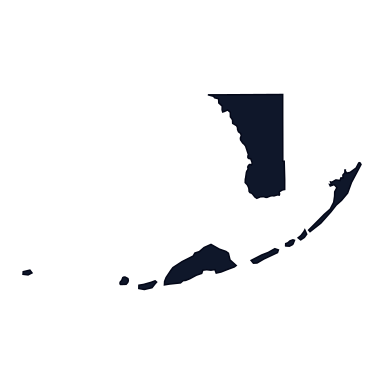 Monroe, United States of America
{"feature_id": "52423323B83657020181819", "entity_name": "Monroe", "entity_type": "district", "adm_level": 2, "iso_a3": "USA", "parent_name": "United States of America", "parent_adm1": "", "projection": "natural_earth1", "projection_center": [-81.165, 25.16], "detail": "fine", "context": "isolated", "style": "filled", "palette": "ink", "viewbox_px": 384, "rotation_deg": 0, "n_neighbors": 0, "source": "geoboundaries", "source_scale": "gbopen_adm2", "svg_char_len": 2694}
<svg xmlns="http://www.w3.org/2000/svg" viewBox="0 0 384 384"><path d="M282.7,94.5L223.6,94.8L207.9,94.8L213.5,96.3L214.7,97.8L218.6,98.8L218.8,103.0L222.2,106.1L222.1,109.9L222.7,112.0L224.3,111.5L227.6,110.0L230.3,112.3L230.4,116.8L232.5,119.8L232.7,123.4L236.6,125.7L237.5,127.6L237.6,129.6L238.5,131.8L240.5,133.3L241.1,134.8L241.3,135.5L240.4,138.1L240.6,139.9L242.7,143.0L244.3,144.4L245.6,146.1L248.4,154.6L248.3,155.1L247.9,155.9L247.9,157.7L249.0,158.6L250.7,158.7L252.1,162.6L252.0,164.1L251.5,165.0L250.0,164.4L249.2,164.7L248.2,165.9L247.7,167.1L248.1,168.2L247.7,170.0L246.8,171.1L246.4,172.4L245.6,178.0L245.3,179.1L245.2,182.6L247.3,184.8L248.4,187.0L248.9,188.6L249.1,191.4L250.0,192.6L251.7,193.2L252.7,194.2L254.9,197.0L256.8,198.3L260.5,196.8L263.9,196.7L265.6,197.3L266.9,197.4L270.4,196.0L272.2,195.7L274.0,195.9L277.4,194.9L279.3,195.1L279.6,193.9L279.2,193.0L279.4,191.7L282.5,189.9L284.7,189.5L284.7,179.5L284.2,161.2L282.8,161.2L282.7,115.6L282.7,101.2L282.7,94.5ZM164.6,281.4L164.4,284.9L169.2,284.1L180.5,282.9L183.0,280.7L185.7,280.4L189.7,278.8L196.4,275.2L201.7,273.4L202.8,270.2L206.7,269.7L210.9,270.2L214.9,269.6L216.2,273.1L221.1,272.0L227.4,269.5L234.4,266.9L236.2,265.5L230.0,259.9L228.4,253.2L225.9,251.4L219.3,249.1L211.0,244.4L204.1,247.5L199.3,251.6L194.9,253.0L193.2,256.0L182.1,261.6L172.9,267.6L170.9,270.3L166.1,277.5L164.6,281.4ZM358.7,163.0L358.4,163.6L356.1,168.0L350.1,172.4L346.6,173.1L345.2,170.6L345.3,170.0L344.9,170.0L344.9,172.7L342.9,175.0L343.0,177.9L340.9,177.9L340.0,180.5L335.9,179.9L331.9,182.2L330.5,181.9L331.4,184.9L329.6,184.5L330.3,186.0L334.2,184.6L336.9,187.6L334.7,191.8L334.6,196.2L333.7,202.3L330.2,209.1L324.2,214.4L317.4,221.3L308.6,230.1L310.0,231.7L320.8,223.2L330.7,212.1L336.2,205.1L341.5,200.4L347.6,193.1L351.5,182.4L356.9,172.3L361.0,164.5L360.7,164.1L360.4,163.2L359.6,162.7L359.2,162.7L358.7,163.0ZM251.1,260.4L253.4,263.2L257.1,263.0L263.9,259.0L277.5,252.6L278.4,249.9L274.8,248.7L268.3,252.4L261.6,255.0L256.2,257.8L251.1,260.4ZM138.9,285.2L138.8,288.5L144.3,289.5L152.0,287.7L155.0,283.9L156.6,282.1L155.1,280.8L151.1,282.3L143.7,284.4L138.9,285.2ZM120.1,282.2L120.0,283.9L120.7,284.5L126.1,284.3L127.7,282.5L128.3,280.8L128.1,278.9L127.7,278.4L125.0,277.0L123.8,277.1L122.8,277.6L121.8,280.2L120.1,282.2ZM298.1,237.8L300.7,239.9L304.4,237.4L306.7,234.2L305.5,231.4L304.8,229.9L304.0,231.5L301.0,235.5L298.1,237.8ZM285.6,245.9L285.7,246.0L286.2,246.0L289.5,246.2L292.5,244.6L293.2,243.7L293.5,242.8L294.5,240.3L292.9,239.8L289.9,240.9L287.8,242.8L285.7,243.6L285.6,245.9ZM23.2,271.7L23.0,274.3L28.1,274.9L32.0,272.9L29.9,270.1L25.3,271.2L23.2,271.7Z" fill="#0f172a" stroke="#020617" stroke-width="1.5"/></svg>